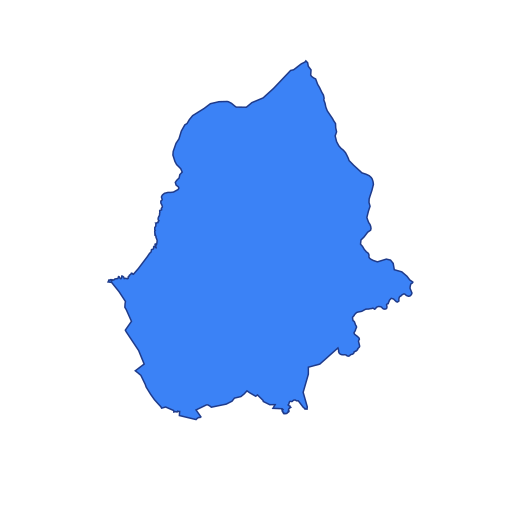 Kalinga, Kalinga, Philippines, rotated 134°
{"feature_id": "2640588B22535822566030", "entity_name": "Kalinga", "entity_type": "district", "adm_level": 2, "iso_a3": "PHL", "parent_name": "Philippines", "parent_adm1": "Kalinga", "projection": "robinson", "projection_center": [121.313, 17.431], "detail": "fine", "context": "isolated", "style": "filled", "palette": "blue", "viewbox_px": 512, "rotation_deg": 134, "n_neighbors": 0, "source": "geoboundaries", "source_scale": "gbopen_adm2", "svg_char_len": 6102}
<svg xmlns="http://www.w3.org/2000/svg" viewBox="0 0 512 512"><g transform="rotate(134 256 256)"><path d="M81.0,355.7L82.1,355.5L83.3,355.8L86.3,356.9L95.9,358.3L98.5,360.0L123.2,359.8L137.3,360.7L148.5,365.5L155.7,366.3L162.6,373.6L162.9,375.3L163.2,379.7L164.2,383.0L164.9,384.1L170.7,389.8L178.1,394.6L185.8,395.8L199.0,399.1L204.1,398.7L208.6,397.6L211.1,398.3L218.0,396.5L225.2,392.8L230.5,391.8L238.3,388.2L241.1,385.9L244.3,380.0L245.4,376.6L245.5,370.8L246.9,367.4L250.4,367.3L253.3,365.5L256.6,365.6L259.1,365.2L260.5,362.7L260.2,359.9L260.7,358.7L262.2,358.2L267.4,359.8L269.6,361.6L271.4,363.5L274.5,365.4L277.0,365.7L278.7,365.3L279.4,364.8L280.5,362.7L281.1,362.5L282.6,362.6L284.0,361.2L284.7,359.1L285.4,357.8L286.0,357.3L287.5,357.2L288.3,356.0L289.3,356.3L289.8,356.8L290.4,356.7L291.5,355.4L292.5,354.8L293.2,354.1L294.2,353.5L295.1,353.4L296.7,352.7L297.6,351.9L298.0,351.2L298.1,350.3L299.4,350.3L300.0,349.7L302.0,351.0L302.1,350.3L302.6,350.2L304.2,348.8L305.8,348.6L307.6,346.9L307.6,346.3L308.0,346.3L309.1,345.6L309.7,344.5L310.1,344.4L310.5,343.4L311.1,343.4L311.3,342.9L311.1,342.2L311.6,341.3L312.0,341.0L312.4,340.2L312.6,339.6L313.5,337.9L315.1,336.6L316.7,335.6L317.0,335.9L317.1,336.6L317.7,336.8L318.0,336.4L317.9,335.9L317.7,335.4L319.0,335.1L319.1,334.8L319.0,334.2L319.4,333.6L319.6,333.9L319.4,335.6L319.7,336.0L320.0,336.1L320.7,335.9L321.2,335.3L322.1,334.8L322.6,334.8L323.7,335.5L324.3,335.5L325.2,334.7L326.1,334.3L328.0,334.4L332.0,333.7L346.8,331.9L354.3,331.5L354.6,331.9L354.4,332.7L354.7,333.4L355.0,333.7L355.8,333.4L358.0,333.7L358.9,333.2L359.9,333.4L360.9,332.4L361.8,332.8L362.6,334.3L363.2,334.6L363.8,335.1L363.1,336.4L363.2,338.0L363.6,338.6L365.1,337.5L365.9,337.3L366.3,337.5L366.5,337.9L366.4,338.6L366.0,340.1L366.3,340.6L366.6,340.5L366.9,340.2L368.1,339.8L368.6,340.0L369.1,340.5L370.2,341.3L370.7,341.6L371.8,341.6L372.3,341.9L372.8,342.5L373.1,343.2L373.3,343.2L373.7,342.5L374.1,342.5L374.2,343.1L373.8,343.9L373.9,344.1L375.1,344.7L375.6,345.2L375.8,345.1L376.3,344.7L377.4,344.4L375.3,341.5L376.8,329.7L379.4,318.3L381.2,317.1L384.0,314.7L384.7,312.1L389.5,300.2L400.1,298.5L400.7,296.7L405.5,274.8L411.4,261.4L422.4,263.1L421.8,256.0L425.2,246.7L426.6,243.9L428.7,235.6L429.9,229.3L430.3,223.6L430.5,219.9L431.0,218.2L427.4,216.1L424.4,208.0L424.4,207.7L425.3,206.7L424.0,206.0L423.7,205.3L423.2,205.0L423.1,204.5L422.7,204.3L422.0,204.5L421.8,203.9L421.6,203.8L421.3,203.3L420.9,202.9L424.0,200.3L415.3,185.5L413.6,185.5L411.9,185.0L411.1,184.1L410.0,183.9L408.4,192.2L397.5,188.2L396.6,187.3L396.0,185.1L395.8,183.1L383.2,174.5L377.1,172.4L373.2,172.8L367.6,169.2L363.4,168.7L359.3,168.8L358.7,165.2L357.1,158.8L354.9,158.4L355.0,150.5L355.6,149.7L353.4,142.8L349.6,139.0L353.8,138.0L347.7,131.1L347.7,130.8L348.0,130.8L347.9,130.5L348.4,130.7L348.6,130.5L348.6,130.3L348.3,129.8L349.1,129.7L349.4,129.4L349.3,128.9L349.7,128.3L349.4,127.7L349.6,127.3L349.8,127.2L350.1,126.9L349.9,126.5L350.0,126.3L349.7,126.0L349.4,126.2L348.9,125.5L348.9,125.2L347.9,124.5L347.4,124.6L347.0,124.4L346.2,124.7L345.8,124.3L345.6,124.5L345.0,124.3L344.8,124.4L344.9,124.8L344.7,125.2L344.3,125.1L343.9,125.9L343.7,126.0L342.8,126.3L342.1,126.1L341.9,126.3L340.7,125.9L340.7,126.2L341.0,126.4L340.4,127.3L340.6,127.5L340.9,129.0L340.8,129.4L339.8,129.5L338.2,130.4L337.5,130.6L336.9,130.5L336.5,130.1L336.1,129.4L335.4,128.9L334.1,128.9L333.3,128.6L332.4,127.8L332.2,127.2L332.1,126.4L330.8,124.9L332.0,117.1L331.9,115.3L331.7,114.9L332.1,114.6L332.0,114.4L331.7,114.5L331.6,114.3L331.4,113.8L330.7,112.9L328.9,114.3L321.3,127.4L304.7,136.2L299.6,141.1L289.4,135.0L265.2,133.2L265.6,132.3L266.1,131.8L266.4,131.0L266.9,130.5L267.1,130.5L267.5,130.0L268.1,128.6L268.1,127.6L267.9,126.8L267.4,125.7L266.0,124.1L265.8,124.0L265.2,123.4L264.6,122.3L264.6,121.3L264.1,120.3L263.8,119.9L262.9,119.4L261.3,119.4L261.0,119.2L260.6,119.1L259.8,118.5L258.4,118.1L258.1,118.3L257.4,118.4L256.9,118.8L255.5,118.4L255.4,118.2L254.8,118.2L254.6,117.9L252.9,117.9L252.7,118.1L252.3,118.1L252.1,118.4L249.7,118.4L249.0,118.7L248.5,119.3L246.1,123.1L245.6,123.4L244.1,123.8L243.7,124.4L243.4,125.0L243.4,126.8L243.8,130.5L243.6,131.5L242.9,132.3L240.8,132.7L239.5,133.4L237.4,134.2L236.8,135.0L236.5,136.4L235.0,139.4L234.9,140.7L235.1,141.3L234.0,142.9L233.0,144.0L230.5,144.1L230.0,144.4L227.6,144.4L226.6,144.3L225.0,143.4L223.8,142.5L222.3,141.5L218.2,140.2L217.5,139.7L216.1,138.3L214.1,136.9L213.6,136.4L212.3,135.7L212.0,134.7L212.0,134.2L211.9,133.7L211.7,133.6L210.6,133.5L209.4,133.7L208.3,133.4L207.2,132.8L206.1,131.4L205.6,130.3L205.7,128.5L205.5,127.5L204.9,126.6L204.0,125.9L203.4,125.7L202.8,125.7L201.8,126.3L201.1,127.1L200.5,128.1L200.1,128.4L199.1,128.2L198.4,127.8L197.3,128.5L196.8,128.5L195.1,129.3L192.5,129.3L191.4,127.2L191.4,123.3L190.9,122.3L190.2,122.2L189.6,121.9L189.3,121.9L188.6,122.4L188.3,122.8L187.7,123.4L186.1,124.3L184.7,124.3L184.4,124.0L182.7,124.0L180.6,123.4L180.4,123.2L180.0,122.3L180.0,121.0L179.8,120.0L179.0,118.3L178.2,117.7L177.5,117.4L176.5,117.4L175.6,117.5L174.3,118.1L172.3,122.7L171.3,123.6L169.4,124.8L168.4,125.2L166.9,124.8L166.0,124.9L165.8,125.1L166.4,128.7L165.7,133.3L166.1,140.1L169.8,147.0L166.0,152.2L165.5,156.4L167.7,160.1L175.9,164.6L177.8,168.7L178.6,171.4L178.7,172.8L178.3,174.1L176.8,175.4L176.1,176.9L176.1,177.8L176.4,179.8L176.2,180.5L176.1,182.5L175.1,186.1L174.9,189.0L171.6,191.6L167.3,191.5L161.3,192.2L157.8,191.5L156.3,192.4L155.0,194.1L154.1,196.0L153.7,198.1L152.5,200.7L151.3,203.0L145.6,206.3L141.0,208.5L139.0,211.9L136.4,214.2L134.3,215.3L128.3,218.2L122.9,221.3L121.4,223.2L120.8,224.2L119.9,225.9L119.5,227.6L119.6,230.4L120.7,233.6L122.6,237.5L122.9,248.8L122.7,255.3L121.6,257.5L120.5,260.4L119.5,263.4L119.2,266.7L119.5,269.7L119.2,273.0L117.8,277.4L114.6,282.5L110.7,284.3L108.5,287.6L105.5,290.8L104.7,294.3L104.0,296.4L102.1,305.5L100.4,309.2L98.2,312.4L96.6,315.7L95.2,316.6L93.4,319.3L92.5,322.5L90.7,327.3L89.7,330.9L87.2,336.1L87.9,338.4L88.2,340.7L87.9,342.3L83.9,345.7L83.2,350.2L81.1,353.1L81.0,355.7Z" fill="#3b82f6" stroke="#1e3a8a" stroke-width="1.5"/></g></svg>